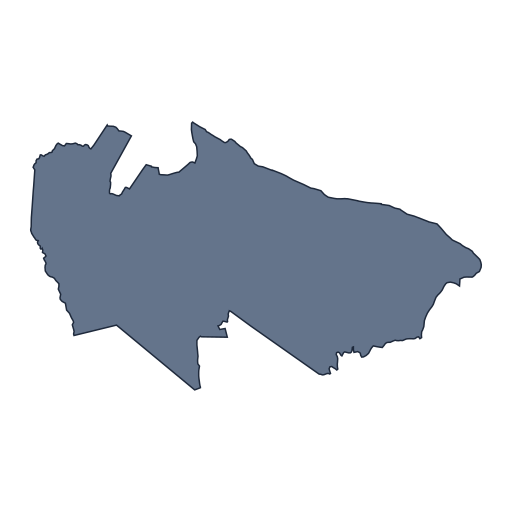 the district of Unión Hidalgo, Oaxaca, Mexico
{"feature_id": "50627088B59683558731629", "entity_name": "Unión Hidalgo", "entity_type": "district", "adm_level": 2, "iso_a3": "MEX", "parent_name": "Mexico", "parent_adm1": "Oaxaca", "projection": "robinson", "projection_center": [-94.827, 16.487], "detail": "fine", "context": "isolated", "style": "filled", "palette": "slate", "viewbox_px": 512, "rotation_deg": 0, "n_neighbors": 0, "source": "geoboundaries", "source_scale": "gbopen_adm2", "svg_char_len": 5660}
<svg xmlns="http://www.w3.org/2000/svg" viewBox="0 0 512 512"><path d="M255.0,164.1L254.3,163.7L252.4,159.4L251.6,158.7L250.5,157.8L250.5,157.4L249.0,155.0L247.3,152.8L246.3,151.0L242.5,147.6L240.3,146.5L238.3,144.8L236.0,142.9L234.8,141.4L231.4,139.2L230.7,139.2L229.8,139.3L229.2,139.5L227.9,141.3L226.3,142.3L225.7,142.6L224.3,142.5L221.3,140.5L220.4,139.7L214.9,136.8L212.5,135.2L211.5,134.7L208.4,132.5L206.7,131.8L206.1,131.0L205.2,129.5L202.4,128.1L199.5,126.6L193.2,122.6L192.7,122.1L191.6,123.2L191.5,126.4L191.4,129.6L191.8,132.5L192.4,135.9L192.9,138.6L193.7,141.8L195.5,143.8L196.7,146.8L197.1,151.4L197.3,155.9L196.4,158.9L194.9,163.0L192.7,162.0L191.3,162.1L190.0,162.5L187.9,164.5L181.9,169.6L179.5,171.6L179.2,172.0L178.8,172.2L177.2,172.3L174.6,173.0L172.9,173.5L171.3,174.0L169.1,174.7L167.5,175.1L164.7,174.9L162.8,174.8L160.9,174.7L159.3,174.3L158.8,171.5L158.4,169.5L158.1,167.7L156.3,167.6L154.8,167.5L151.5,166.9L151.4,166.2L148.2,165.3L146.2,164.7L142.7,169.5L129.5,188.9L126.4,187.4L125.4,187.4L124.7,188.4L124.5,189.0L123.6,190.3L122.4,192.2L121.6,194.0L120.1,194.9L119.3,195.8L116.5,195.5L115.1,194.9L113.1,194.0L111.8,193.6L110.2,193.8L109.5,193.1L109.5,192.0L109.5,190.3L109.8,188.8L110.2,188.1L110.6,184.4L110.6,182.2L110.0,181.3L110.2,179.6L110.6,177.7L110.9,176.6L111.0,175.0L110.7,173.4L131.4,135.9L129.4,134.7L127.3,133.5L125.3,132.3L123.4,131.4L121.1,131.1L118.9,130.9L117.2,128.6L115.8,127.2L113.3,126.3L110.4,126.2L107.6,126.0L107.2,125.0L93.9,145.1L90.9,148.9L90.0,148.4L89.4,147.9L88.9,147.1L88.3,145.7L87.4,145.0L85.8,144.5L84.5,145.0L83.5,146.2L82.4,146.2L81.0,145.2L79.5,144.7L77.8,144.7L76.9,143.7L76.1,143.4L75.3,143.1L72.8,143.8L70.7,144.0L68.0,143.6L66.3,143.5L64.5,145.9L62.4,145.6L61.3,144.9L60.0,144.2L58.2,143.1L56.9,144.1L55.9,145.6L55.0,147.5L54.5,148.7L53.5,149.6L52.3,150.9L52.2,151.9L51.2,152.5L49.3,152.6L48.2,153.6L47.0,154.3L45.4,154.8L44.1,156.3L42.7,155.8L41.3,154.9L40.3,154.9L39.8,156.5L39.5,157.6L38.7,158.8L37.0,159.1L36.1,160.7L36.1,162.7L34.7,163.9L33.9,165.1L33.4,166.7L33.1,167.2L34.8,169.9L33.7,185.8L33.3,190.4L32.2,206.3L31.5,215.7L31.4,216.9L31.3,219.4L31.2,226.6L30.7,229.6L30.8,230.8L31.3,232.0L31.7,233.4L32.5,234.7L33.2,235.8L33.8,236.9L34.6,237.8L35.2,238.9L36.3,240.3L38.2,240.6L37.5,242.4L37.8,243.6L38.4,244.6L39.5,245.5L40.3,246.1L40.2,248.2L40.7,249.0L41.9,249.0L42.2,248.4L42.5,249.2L42.8,250.1L42.5,252.5L44.9,253.8L46.0,256.0L45.1,257.0L43.6,258.2L44.3,260.0L44.9,260.8L45.4,261.8L45.9,262.8L46.0,263.5L45.7,264.5L45.2,265.2L45.2,266.3L45.0,267.0L45.3,271.0L47.8,274.8L49.6,276.3L50.9,276.8L52.4,277.1L54.4,278.3L55.8,280.5L57.3,282.0L58.9,283.7L58.9,286.3L58.3,289.1L59.4,291.5L60.7,294.2L60.0,297.8L60.3,299.4L62.1,301.4L65.4,303.2L66.6,310.1L69.5,313.3L71.4,317.7L73.2,320.8L73.6,322.4L72.3,324.8L73.7,329.6L74.1,331.6L73.7,333.3L73.6,334.1L74.0,335.5L116.5,325.1L194.7,389.9L200.4,387.7L200.4,387.0L200.0,385.9L199.6,383.5L199.4,381.8L199.1,379.7L198.9,378.2L198.7,376.0L198.7,374.3L198.7,372.2L198.8,370.2L199.5,366.1L197.8,363.8L197.6,361.4L197.6,359.9L197.8,358.0L198.0,356.2L197.7,353.4L197.6,351.9L197.4,349.8L196.9,345.0L196.9,340.4L199.0,337.3L200.4,336.2L201.3,336.8L227.3,337.2L225.1,328.5L219.8,329.5L218.0,325.9L218.9,325.7L220.7,324.7L221.3,324.1L221.6,323.4L222.9,321.2L223.5,321.2L224.5,321.4L226.0,321.8L226.7,322.0L227.0,322.0L227.3,322.0L227.5,321.7L227.6,321.4L227.4,320.5L227.4,319.8L227.5,319.3L228.1,317.3L228.4,316.4L228.5,315.9L228.3,315.2L228.2,314.0L228.2,313.9L228.9,311.7L229.4,311.1L229.4,310.8L230.8,311.4L251.0,326.2L319.1,374.1L320.9,374.3L321.5,374.6L322.6,374.9L324.0,374.7L325.5,374.1L327.1,373.5L328.6,373.5L329.7,374.0L330.5,373.5L329.9,371.6L329.1,368.8L329.9,366.8L331.8,366.5L333.3,367.6L335.2,368.7L336.8,370.0L337.8,369.1L337.4,366.9L337.3,363.9L337.5,362.2L337.7,358.6L337.3,356.7L336.2,354.5L336.6,352.6L338.1,352.1L339.5,352.8L341.0,355.3L341.9,355.9L343.6,352.6L344.7,351.9L348.8,352.9L350.5,352.8L351.3,352.1L351.9,350.9L352.4,347.3L353.4,346.9L353.4,349.7L354.0,352.4L357.7,351.6L359.5,352.5L360.3,353.3L360.7,355.3L361.7,357.1L363.5,356.9L366.1,355.5L368.5,353.4L369.7,351.2L370.6,349.4L371.1,348.6L371.7,347.7L373.3,345.9L376.5,346.6L379.5,347.1L382.3,347.5L383.8,345.7L385.4,343.5L386.9,342.5L388.7,342.3L390.2,342.3L393.1,341.0L395.2,340.2L396.6,340.6L398.6,340.7L400.6,340.4L402.3,340.6L403.7,340.1L405.2,339.4L406.6,338.9L409.3,338.7L410.8,338.7L413.7,338.8L415.1,338.5L417.1,337.1L418.6,336.8L419.9,338.7L421.6,337.6L421.4,334.8L421.7,331.6L422.5,330.2L423.8,326.7L424.0,324.8L424.4,320.6L425.7,316.9L427.4,313.1L429.5,309.8L431.9,306.7L433.3,304.4L434.6,300.8L436.0,297.3L438.0,294.8L439.4,293.5L440.4,292.4L442.2,290.0L444.0,286.3L445.7,283.8L447.0,282.7L450.3,282.1L453.6,282.8L456.3,283.8L459.5,286.0L459.8,281.6L459.9,279.0L461.1,278.5L464.0,277.2L466.7,277.0L472.2,277.1L473.4,276.4L475.1,274.8L476.2,273.3L479.4,271.5L481.1,267.4L481.3,264.8L480.8,262.2L479.8,259.5L478.1,257.7L474.4,254.1L473.4,253.2L472.3,251.3L468.5,248.7L465.9,247.7L462.4,245.6L460.1,243.7L452.3,240.0L450.2,237.9L446.3,234.5L441.1,228.3L438.5,225.5L437.0,223.9L428.5,221.8L428.3,221.6L414.1,216.1L407.1,214.2L401.1,210.2L399.9,209.2L394.8,208.1L389.2,205.5L381.3,204.4L381.2,203.7L376.4,203.3L374.7,203.2L373.6,203.1L371.5,203.0L367.5,202.6L364.9,202.2L360.4,201.4L358.1,201.0L358.0,200.8L347.8,198.8L345.6,198.7L344.9,198.6L341.2,198.8L337.0,198.8L334.2,198.4L328.2,197.2L326.1,195.8L324.3,194.5L320.9,190.7L313.9,188.6L310.8,188.1L303.6,184.5L293.7,180.2L288.8,177.5L286.5,176.1L284.0,174.9L281.2,173.6L278.1,172.4L272.2,170.1L272.1,170.4L262.8,166.8L258.3,166.1L255.0,164.1Z" fill="#64748b" stroke="#1e293b" stroke-width="1.5"/></svg>